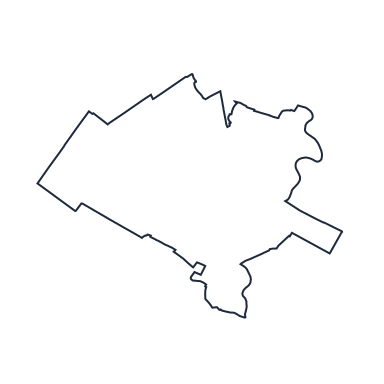 Cosereni, Ialomita, Romania, rotated 98°
{"feature_id": "2599482B11808069805596", "entity_name": "Cosereni", "entity_type": "district", "adm_level": 2, "iso_a3": "ROU", "parent_name": "Romania", "parent_adm1": "Ialomita", "projection": "mercator", "projection_center": [26.552, 44.674], "detail": "fine", "context": "isolated", "style": "outline", "palette": "slate", "viewbox_px": 384, "rotation_deg": 98, "n_neighbors": 0, "source": "geoboundaries", "source_scale": "gbopen_adm2", "svg_char_len": 5734}
<svg xmlns="http://www.w3.org/2000/svg" viewBox="0 0 384 384"><g transform="rotate(98 192 192)"><path d="M205.0,346.2L227.0,305.2L226.9,304.5L218.7,299.9L218.7,298.9L230.8,269.3L236.9,254.0L238.6,249.6L241.6,242.0L243.9,236.3L244.4,235.2L243.4,234.3L243.0,234.0L242.7,233.7L242.1,232.8L242.0,232.6L241.8,232.5L241.6,232.3L241.6,231.9L241.5,231.7L241.5,231.2L241.4,230.9L240.3,230.1L240.9,226.8L241.8,227.2L242.2,227.1L243.4,223.6L243.7,222.5L244.4,220.9L244.8,219.6L245.0,218.7L245.4,217.6L246.5,214.6L247.3,212.7L248.1,210.7L248.2,210.0L248.5,208.7L249.1,206.9L249.6,205.1L249.8,204.5L250.3,203.2L250.7,202.4L251.6,200.3L252.8,201.1L253.7,201.8L254.2,200.8L259.2,191.4L263.0,185.9L266.5,180.4L261.0,177.3L262.3,171.9L263.4,168.6L266.2,169.5L272.8,171.8L270.9,178.4L272.8,179.3L273.3,179.6L273.6,179.8L276.0,181.0L276.3,181.2L277.6,181.2L277.8,181.2L278.0,181.1L278.3,180.9L278.9,180.1L279.1,179.8L279.3,179.3L279.5,178.9L279.6,178.3L279.6,178.0L279.4,177.2L279.4,176.0L279.3,174.3L279.3,173.4L279.2,172.4L279.2,171.8L279.3,170.7L280.0,168.5L280.5,167.3L281.7,165.1L283.6,165.9L283.8,165.7L284.1,165.2L284.2,164.7L286.1,165.0L286.5,165.0L286.9,165.1L287.0,165.1L287.5,165.1L290.9,164.8L292.3,164.5L292.8,164.5L294.8,164.1L295.7,164.0L296.1,163.8L296.2,163.7L296.3,163.6L296.5,163.4L299.3,159.9L301.4,157.8L303.0,156.4L303.3,156.2L303.7,155.7L302.6,151.3L303.2,150.5L303.7,150.0L304.7,148.8L304.8,148.6L304.8,148.4L304.4,147.5L304.4,147.3L304.9,147.3L304.9,146.8L304.9,146.4L305.0,146.1L305.1,145.8L305.3,145.7L305.5,143.4L305.7,141.8L305.7,141.0L305.8,140.6L305.8,139.7L306.0,138.1L306.0,137.3L305.9,136.1L305.8,135.3L305.7,134.5L305.8,133.7L305.9,132.9L306.3,131.7L307.6,128.6L307.8,128.3L308.1,127.8L309.0,122.5L308.7,121.7L307.0,122.2L306.4,122.4L305.2,122.5L302.9,122.2L301.3,122.0L299.1,121.9L298.1,121.9L296.9,122.1L295.0,122.6L292.7,122.9L289.7,124.7L288.0,126.9L287.0,127.5L285.6,128.0L284.0,127.8L281.8,127.1L279.2,125.3L278.3,124.4L277.2,123.3L276.6,122.9L275.9,122.5L274.6,121.8L273.9,121.6L272.0,121.6L270.6,121.5L269.8,121.7L267.6,122.4L265.6,123.7L264.3,124.6L263.1,125.4L260.6,127.1L259.2,128.8L258.2,130.6L256.7,133.9L256.0,133.4L252.6,129.3L249.9,124.4L249.7,124.2L243.1,113.6L242.6,113.0L239.1,107.5L237.8,107.1L236.9,104.5L236.2,100.4L233.2,99.0L221.9,89.8L222.3,89.0L218.5,87.4L233.7,47.1L233.0,46.8L221.5,42.3L218.9,41.3L218.1,41.0L216.4,40.3L214.1,39.4L213.3,39.1L212.2,38.7L211.4,38.3L211.0,38.1L210.6,37.8L210.4,37.9L210.2,38.0L210.0,38.3L209.8,38.9L207.5,46.0L203.8,57.1L204.0,57.5L200.9,66.9L195.4,82.5L191.6,90.6L188.0,98.4L186.2,96.0L184.3,95.0L182.1,94.3L179.5,93.7L176.5,93.3L174.4,92.2L172.4,90.7L170.3,89.2L169.2,88.5L168.1,87.9L166.3,87.2L165.1,86.8L162.0,87.1L159.4,88.6L156.8,90.4L155.3,91.6L154.2,92.2L152.7,92.9L150.7,93.2L149.4,93.2L148.1,92.9L146.6,92.2L145.0,90.9L144.1,89.7L143.3,88.2L142.8,86.9L141.9,83.8L142.2,80.7L142.4,79.2L143.4,76.0L143.9,75.0L144.3,73.7L144.5,72.9L144.5,72.2L144.3,71.2L143.8,70.4L143.1,69.5L142.2,68.8L141.2,68.4L139.3,68.3L137.5,68.4L135.8,68.7L133.2,69.7L128.0,72.7L125.9,74.2L124.1,75.9L122.3,77.8L118.6,85.1L117.8,86.5L116.6,87.9L115.6,88.5L114.7,88.8L113.9,88.9L112.8,88.8L110.2,88.9L108.6,88.3L106.8,87.2L105.7,86.1L104.6,84.9L104.1,84.2L103.3,83.6L102.1,83.1L101.0,82.9L99.7,83.1L98.0,83.8L96.7,84.7L95.2,86.2L92.9,90.3L92.5,91.8L92.0,96.1L91.5,99.0L97.0,101.6L97.6,102.0L97.0,105.5L97.3,105.6L97.4,105.8L97.6,106.0L97.7,106.8L97.7,108.2L97.8,108.8L98.6,112.3L98.7,112.7L99.0,113.2L99.3,113.5L99.5,113.7L99.9,114.1L100.1,114.2L100.6,114.5L101.2,114.8L101.8,115.0L102.4,115.3L103.3,115.7L104.0,116.0L104.6,116.2L105.2,116.3L106.6,116.7L106.8,116.9L106.9,117.1L106.8,117.3L106.7,118.6L106.3,122.0L105.7,124.6L105.3,126.3L105.2,126.3L104.7,129.9L104.6,130.7L104.5,131.3L104.4,132.1L104.3,132.8L104.2,134.0L104.0,135.1L103.6,137.5L103.2,140.0L103.0,141.9L101.8,141.7L100.5,149.2L100.4,149.5L99.2,150.4L98.6,152.7L97.0,156.6L96.9,158.3L96.8,159.3L96.8,159.9L96.4,161.9L96.4,162.0L97.1,161.3L97.7,159.8L100.5,161.8L101.5,162.2L102.3,162.6L103.2,162.9L106.5,163.6L109.2,163.7L109.5,163.8L109.6,164.1L109.6,165.3L109.7,165.5L109.8,165.6L110.0,165.6L110.2,165.4L110.3,165.4L110.5,165.5L110.8,165.7L111.1,165.9L111.8,166.3L112.1,166.3L112.6,166.4L113.1,166.5L113.7,166.4L114.2,166.3L114.8,166.1L115.4,165.8L117.1,164.3L117.3,163.8L117.7,163.4L118.0,163.3L118.5,163.4L119.1,164.4L119.1,164.5L119.4,164.4L119.6,164.3L120.1,164.0L120.4,163.9L120.8,163.9L121.1,163.9L121.5,164.3L122.7,166.0L120.5,167.3L120.3,167.4L117.9,168.2L115.9,168.8L114.3,169.4L110.7,170.6L107.8,171.6L105.6,172.4L104.4,172.6L102.8,173.2L100.8,173.9L99.3,174.3L97.5,174.9L91.0,177.1L88.3,178.0L89.3,179.5L92.2,183.6L93.3,185.2L94.9,187.4L96.3,189.2L96.5,189.2L97.0,189.8L98.2,191.5L97.9,192.1L97.8,192.7L97.7,193.4L97.6,193.6L97.5,193.8L97.2,194.1L96.3,194.9L95.7,195.4L95.2,195.7L94.4,196.6L94.1,196.9L93.8,197.2L93.5,197.6L93.1,198.2L92.9,198.5L92.1,199.5L91.8,199.9L91.3,200.4L90.9,200.8L90.7,201.1L90.1,201.7L89.7,202.0L89.0,202.7L88.8,202.8L88.1,203.3L87.7,203.6L87.2,203.8L86.8,204.0L86.5,204.1L86.4,204.2L85.7,204.4L85.4,204.6L85.0,204.7L84.3,204.8L84.0,204.8L83.6,204.8L83.2,204.7L82.9,204.4L82.7,204.2L82.5,203.9L82.5,203.7L82.4,203.7L82.1,203.4L81.8,203.5L81.7,203.5L81.0,204.3L80.2,205.1L79.0,206.2L78.0,206.7L77.2,207.0L76.6,207.4L76.0,207.5L75.6,207.7L75.2,208.2L75.2,208.5L78.7,212.8L78.9,214.1L79.0,214.3L79.3,214.8L96.4,233.4L104.9,242.8L105.4,243.7L101.4,246.2L103.5,248.6L107.3,252.9L124.0,271.0L135.3,283.6L136.8,284.9L133.8,290.0L133.2,291.1L130.7,295.5L128.6,299.1L127.8,300.6L128.3,301.1L128.5,301.4L128.4,301.7L127.8,302.9L126.5,305.3L144.8,315.1L163.3,324.7L164.1,324.9L171.7,328.8L187.0,337.0L187.6,337.3L205.0,346.2Z" fill="none" stroke="#1e293b" stroke-width="2"/></g></svg>